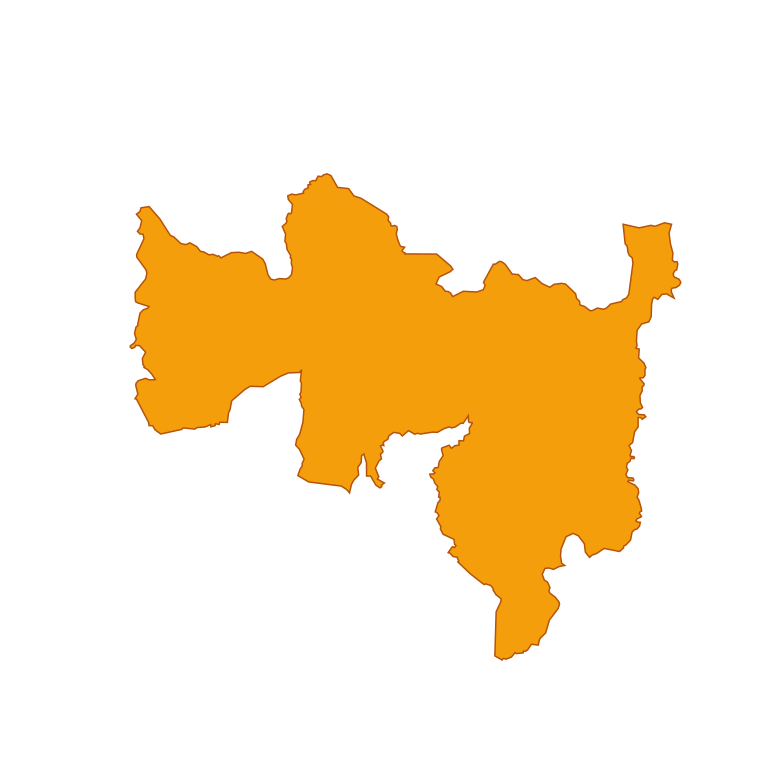 the district of Tepexco, Puebla, Mexico, rotated 196°
{"feature_id": "50627088B96534583301688", "entity_name": "Tepexco", "entity_type": "district", "adm_level": 2, "iso_a3": "MEX", "parent_name": "Mexico", "parent_adm1": "Puebla", "projection": "mercator", "projection_center": [-98.656, 18.65], "detail": "fine", "context": "isolated", "style": "filled", "palette": "amber", "viewbox_px": 768, "rotation_deg": 196, "n_neighbors": 0, "source": "geoboundaries", "source_scale": "gbopen_adm2", "svg_char_len": 6168}
<svg xmlns="http://www.w3.org/2000/svg" viewBox="0 0 768 768"><g transform="rotate(196 384 384)"><path d="M151.6,616.8L158.8,616.3L167.0,610.3L171.1,610.1L181.9,604.4L198.2,603.5L190.8,585.2L188.2,583.4L185.8,577.9L183.5,575.1L180.2,573.7L178.0,568.7L173.4,537.7L174.6,533.6L177.6,531.0L178.5,528.7L188.2,523.3L191.0,518.4L193.4,516.4L199.9,515.8L204.1,511.9L206.0,511.3L212.9,513.9L217.5,514.0L218.8,517.4L222.5,519.4L224.7,523.6L237.0,530.1L241.1,529.7L248.1,526.6L251.2,522.7L259.8,524.1L267.9,528.0L275.1,522.8L279.2,522.6L285.0,526.2L291.1,525.0L300.5,532.5L304.7,534.0L306.8,533.7L310.1,529.8L311.9,529.4L316.4,509.3L313.9,506.5L314.6,502.0L320.2,498.0L333.3,495.0L342.0,487.0L345.0,489.7L347.7,490.6L350.7,490.1L355.3,493.5L361.6,494.5L360.4,502.1L351.4,510.1L349.4,513.2L352.4,515.8L369.2,523.4L399.8,514.8L399.9,515.7L402.9,516.4L403.3,517.4L401.9,521.2L405.4,520.8L406.8,521.6L410.5,526.4L413.6,531.8L413.8,536.1L415.1,538.9L417.7,539.3L419.5,538.0L420.9,538.2L422.0,540.4L425.1,542.4L425.6,546.1L428.6,548.1L457.3,556.2L464.8,556.5L471.9,562.1L482.8,560.2L492.3,569.6L496.5,570.4L499.6,568.5L501.2,566.2L504.7,565.6L505.7,560.5L508.2,560.1L510.7,558.1L511.1,557.2L509.6,555.5L512.0,554.4L511.0,551.7L514.0,549.1L514.7,546.3L513.9,545.3L521.0,541.5L525.1,541.1L528.4,538.3L526.8,535.0L521.5,531.4L520.2,523.5L520.6,521.9L522.5,521.9L523.2,520.9L523.6,515.9L522.3,514.0L522.3,511.9L525.2,507.4L519.9,500.9L518.6,493.8L516.6,492.1L514.3,486.6L509.1,481.8L508.9,479.5L507.3,478.6L506.3,474.2L504.0,470.6L503.1,463.6L505.0,459.8L507.3,457.9L513.9,456.4L518.1,453.7L521.8,453.7L525.7,457.1L531.3,466.9L535.1,470.7L547.8,475.0L553.0,471.4L559.9,470.6L566.9,468.2L575.5,460.3L578.2,461.7L579.4,460.9L584.2,461.5L587.7,459.9L593.9,461.3L597.1,460.9L601.8,464.4L609.5,466.2L612.9,463.4L618.0,463.0L626.5,467.4L630.4,468.0L645.1,481.0L658.7,489.8L666.1,486.4L666.2,482.4L668.8,479.0L661.9,474.2L661.6,466.7L663.1,462.8L660.1,461.0L656.9,461.5L654.8,457.5L657.5,440.3L656.7,437.9L644.1,428.0L642.4,424.9L642.1,419.3L648.5,403.5L646.6,397.3L645.5,394.7L643.4,394.1L631.3,393.7L632.0,391.6L635.8,389.1L638.1,384.8L637.0,371.9L638.1,370.3L637.8,364.0L634.4,358.6L635.3,354.7L638.3,350.9L638.1,349.5L636.1,348.7L633.7,350.6L633.5,352.6L629.6,353.5L621.9,348.9L623.3,341.8L620.9,335.9L618.9,334.5L619.2,333.7L615.4,332.8L610.2,329.7L605.0,325.2L610.6,323.3L614.8,323.7L621.2,319.4L622.5,316.4L622.3,314.3L617.8,306.4L619.3,301.2L617.7,301.2L599.6,282.1L598.3,279.2L594.9,280.2L591.4,276.8L584.8,274.4L565.9,284.6L565.0,286.4L553.4,288.5L551.7,290.6L544.1,293.4L539.4,297.2L538.6,295.1L534.9,297.4L535.1,299.3L531.4,299.6L531.3,302.0L524.0,303.9L525.5,313.6L524.9,316.8L525.8,325.8L516.2,340.5L512.0,344.9L499.4,348.1L485.8,362.8L479.0,368.3L468.1,371.9L467.2,375.1L465.3,363.9L463.6,362.1L461.6,353.6L462.1,350.9L460.0,348.4L461.2,345.8L458.3,342.8L457.1,340.0L453.9,337.3L451.4,324.8L451.2,312.5L452.7,306.7L452.1,300.9L447.3,297.9L440.1,289.7L440.8,284.9L440.0,282.8L441.2,278.9L441.6,272.2L429.4,269.1L396.9,274.1L390.9,272.3L387.1,269.8L387.6,278.4L386.6,283.0L383.3,289.5L386.2,296.7L384.3,302.1L385.8,309.1L384.1,311.1L379.1,303.4L375.4,290.7L371.5,291.8L364.0,284.6L359.3,283.0L357.8,284.8L358.5,286.1L356.3,288.9L364.2,290.8L363.4,293.3L369.1,300.7L367.7,308.5L365.8,311.3L368.1,315.6L366.4,317.9L366.5,319.2L370.3,323.5L369.1,324.8L367.2,324.7L368.5,327.4L368.0,328.7L365.1,331.9L365.0,335.5L361.4,340.1L355.3,340.9L352.1,339.1L347.6,345.9L340.6,344.2L338.3,345.8L335.0,346.0L324.1,351.1L319.3,352.3L313.8,357.8L309.3,360.8L306.9,360.4L303.5,362.5L299.2,367.6L297.1,368.0L294.2,376.7L292.5,371.5L291.4,370.4L288.7,371.2L288.4,370.5L289.8,364.9L288.1,360.0L292.3,356.0L291.9,351.3L296.3,350.2L295.1,345.9L298.8,344.3L301.5,340.8L304.5,343.1L310.6,338.6L310.8,337.1L307.4,331.4L309.5,324.9L309.0,319.2L309.2,318.4L311.9,317.6L313.2,314.1L310.5,312.6L311.2,311.4L315.1,310.0L313.4,307.4L310.2,306.2L308.0,302.9L304.1,300.3L304.2,297.2L301.1,295.4L300.3,290.3L298.8,290.5L298.1,287.6L299.4,284.9L299.5,275.2L297.3,274.8L294.9,272.7L296.3,268.8L290.0,262.5L289.9,260.2L285.7,255.8L273.9,254.0L272.0,249.3L270.3,248.5L271.0,246.2L273.4,246.5L276.1,239.0L274.9,240.1L270.0,237.2L266.0,237.6L263.3,234.4L264.0,233.3L248.4,225.2L235.3,219.8L232.3,218.8L231.2,219.9L225.8,219.7L222.5,217.3L222.4,216.1L218.4,212.4L212.2,209.8L211.7,207.0L213.4,195.9L202.5,153.2L194.4,151.2L193.5,153.2L190.9,153.1L186.2,156.7L184.0,161.9L182.6,161.3L176.1,163.9L176.3,165.6L174.3,166.1L172.7,167.9L170.5,174.5L163.8,175.5L164.1,182.0L160.0,189.3L159.9,202.8L154.7,216.3L154.6,220.8L155.7,222.7L160.7,226.3L167.1,228.8L168.5,230.6L168.3,234.0L172.3,238.7L175.8,239.7L179.4,244.6L178.5,251.1L174.7,252.6L170.0,252.5L165.3,256.8L160.3,259.4L163.9,260.7L167.0,267.5L168.3,274.3L166.9,287.4L161.0,292.5L155.4,291.7L147.4,285.7L144.1,277.9L138.6,274.0L136.8,276.9L132.9,279.7L127.1,286.6L111.4,287.9L108.7,292.2L108.7,294.5L106.9,296.2L104.0,301.9L104.7,310.1L103.0,313.0L100.8,314.4L99.2,317.9L99.5,321.7L102.5,321.2L104.2,322.2L103.7,323.9L99.9,327.5L102.8,330.1L102.9,331.3L101.3,333.0L103.2,336.7L107.2,343.0L109.5,344.9L109.2,349.7L110.9,353.4L115.1,356.0L122.8,357.3L122.4,358.9L117.6,359.6L117.4,360.7L118.6,362.2L124.1,361.3L126.6,363.5L125.9,368.7L128.0,370.8L128.4,374.5L126.3,377.6L125.9,381.0L123.3,381.0L122.9,382.1L123.8,383.1L127.1,382.5L127.8,383.2L127.8,388.2L131.5,392.5L128.9,396.2L129.9,407.1L127.9,412.8L130.5,421.8L128.0,422.5L126.1,421.2L123.3,424.7L125.4,426.1L130.8,424.9L133.8,426.8L132.3,430.0L129.8,431.1L129.0,432.9L132.3,436.4L134.8,443.4L133.9,448.6L135.1,452.1L133.9,454.0L134.0,455.9L139.5,459.6L139.7,460.5L136.7,461.3L135.5,464.1L137.1,469.8L136.8,472.0L139.9,475.8L146.4,479.2L148.3,487.9L151.8,487.9L151.3,490.6L153.2,495.0L155.5,505.3L152.9,512.7L146.6,516.7L145.7,522.3L148.8,534.6L149.2,539.7L148.2,541.8L144.1,540.8L141.7,546.6L137.3,548.5L128.8,546.5L133.1,551.6L133.9,554.1L133.5,555.5L129.9,557.2L127.2,560.4L126.7,563.6L129.3,566.1L134.2,566.8L135.6,568.0L136.4,570.0L135.6,573.1L134.1,574.5L134.7,580.5L136.1,582.4L138.6,581.4L141.0,582.5L142.3,589.3L147.4,597.9L151.6,607.7L151.6,616.8Z" fill="#f59e0b" stroke="#b45309" stroke-width="1.5"/></g></svg>